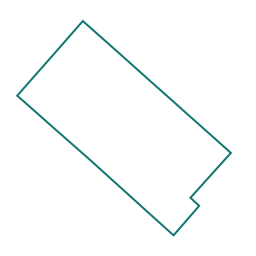 the district of Conhelo, La Pampa, Argentina, rotated 221°
{"feature_id": "61730980B19911830788880", "entity_name": "Conhelo", "entity_type": "district", "adm_level": 2, "iso_a3": "ARG", "parent_name": "Argentina", "parent_adm1": "La Pampa", "projection": "mercator", "projection_center": [-64.66, -36.033], "detail": "fine", "context": "isolated", "style": "outline", "palette": "teal", "viewbox_px": 256, "rotation_deg": 221, "n_neighbors": 0, "source": "geoboundaries", "source_scale": "gbopen_adm2", "svg_char_len": 632}
<svg xmlns="http://www.w3.org/2000/svg" viewBox="0 0 256 256"><g transform="rotate(221 128 128)"><path d="M23.2,115.9L24.4,116.0L34.4,116.3L35.1,116.3L34.7,139.1L34.0,176.7L65.9,177.1L72.7,177.2L91.2,177.4L93.3,177.4L104.4,177.6L112.6,177.7L119.6,177.8L125.4,177.8L129.1,177.9L129.9,177.9L132.3,177.9L133.1,177.9L192.3,178.7L232.2,179.1L232.3,172.7L232.4,142.5L232.6,112.4L232.7,99.6L232.8,79.7L213.0,79.6L202.4,79.5L183.2,79.3L135.1,79.0L134.3,79.0L94.0,78.2L64.0,77.6L63.8,77.6L25.3,76.9L23.2,76.9L23.2,78.3L23.2,88.1L23.2,96.5L23.2,97.8L23.2,100.9L23.2,110.4L23.2,115.9Z" fill="none" stroke="#0f766e" stroke-width="2"/></g></svg>